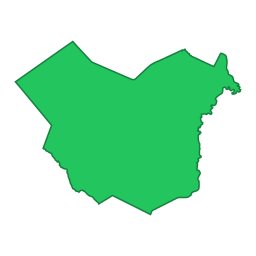 Macuelizo, Santa Bárbara, Honduras
{"feature_id": "27666195B20976347050961", "entity_name": "Macuelizo", "entity_type": "district", "adm_level": 2, "iso_a3": "HND", "parent_name": "Honduras", "parent_adm1": "Santa Bárbara", "projection": "natural_earth1", "projection_center": [-88.551, 15.242], "detail": "fine", "context": "isolated", "style": "filled", "palette": "green", "viewbox_px": 256, "rotation_deg": 0, "n_neighbors": 0, "source": "geoboundaries", "source_scale": "gbopen_adm2", "svg_char_len": 5681}
<svg xmlns="http://www.w3.org/2000/svg" viewBox="0 0 256 256"><path d="M59.5,164.8L59.5,165.1L59.7,165.4L60.2,165.8L60.9,167.2L61.0,167.3L61.7,167.4L62.0,167.5L62.5,167.8L62.6,168.1L63.4,168.2L64.2,168.8L64.7,168.7L65.3,168.8L67.0,169.6L67.2,170.0L67.2,170.5L67.3,170.8L67.0,171.7L67.0,172.1L67.1,172.7L67.4,173.3L68.1,174.6L68.3,176.9L68.7,177.4L68.8,177.9L69.0,178.4L69.0,178.9L69.4,179.2L69.7,179.7L69.7,180.0L69.6,180.8L70.1,181.5L70.1,182.0L70.3,183.1L71.5,185.3L71.8,186.2L72.3,187.5L72.6,188.3L72.8,188.6L73.5,188.7L73.9,188.7L74.1,189.3L74.7,189.5L74.9,189.9L75.7,190.8L76.1,191.2L76.6,191.3L77.7,191.3L78.0,191.5L78.4,191.9L78.7,192.1L79.0,192.1L79.3,191.9L79.5,191.6L79.8,191.1L80.3,190.7L80.8,190.4L81.6,190.2L82.6,190.1L83.2,191.0L83.9,191.1L84.4,191.1L87.4,194.3L89.0,195.6L89.9,196.0L91.0,196.3L92.7,197.0L94.0,198.8L94.5,199.4L95.4,200.3L96.2,200.9L98.5,203.1L98.9,203.5L98.9,203.8L112.5,195.5L150.5,214.5L152.1,210.6L177.1,198.0L178.6,197.5L185.0,197.5L186.7,197.4L187.6,197.2L188.5,196.9L189.9,195.8L190.6,195.5L190.9,195.3L191.1,194.4L191.5,193.9L191.7,193.0L191.9,192.7L192.3,192.3L192.9,192.0L196.6,190.8L197.2,190.4L198.6,189.1L198.8,188.6L199.1,185.8L199.0,183.3L199.1,182.1L199.0,181.5L198.8,181.0L198.5,180.5L198.1,179.9L197.9,179.6L197.8,179.1L197.8,178.6L198.0,178.0L199.0,175.8L199.7,174.5L200.1,173.7L200.2,173.3L200.0,172.6L199.7,171.7L199.4,171.1L199.0,170.7L198.7,170.4L198.4,170.2L197.9,170.2L197.6,170.4L197.4,170.4L197.1,170.2L197.0,169.9L196.9,169.4L197.0,168.4L197.1,167.7L197.3,167.0L197.1,165.8L197.3,165.2L197.6,164.7L197.6,164.2L196.8,162.7L197.2,162.7L197.3,162.7L197.6,162.4L198.1,161.7L198.5,160.9L198.6,160.5L198.5,160.0L198.3,159.8L198.1,159.5L198.0,159.3L198.0,159.1L198.1,158.9L198.6,158.5L199.5,158.0L200.0,157.6L200.4,157.6L200.7,157.5L201.0,157.2L201.1,156.8L201.1,156.4L200.8,156.0L200.7,155.9L200.3,155.8L199.9,155.5L199.7,155.0L199.5,154.5L199.4,154.1L199.4,153.7L199.5,152.2L199.4,150.1L199.7,149.6L199.9,149.2L200.0,149.0L199.9,148.6L199.7,148.2L199.6,147.7L199.6,146.4L199.6,145.7L199.7,144.9L199.7,144.3L199.7,143.9L199.5,143.3L198.9,142.4L198.8,141.9L198.4,140.2L198.2,138.6L198.2,135.8L198.2,135.5L198.5,135.0L199.0,134.5L199.7,134.2L199.8,133.9L199.8,133.5L199.8,133.2L200.5,132.8L200.8,132.7L200.4,132.0L200.2,131.8L199.8,131.3L199.7,131.3L199.0,131.4L198.6,131.2L198.2,131.1L197.7,130.7L198.2,130.3L198.5,129.7L198.1,128.8L198.1,128.5L198.5,128.2L198.8,127.1L199.1,127.0L199.3,127.3L199.5,127.8L199.8,127.8L200.2,127.2L200.6,126.2L200.9,125.6L201.3,124.8L201.4,124.6L201.9,124.5L202.2,124.3L202.5,124.0L202.7,123.4L202.7,122.7L201.3,121.7L200.9,120.3L200.7,119.2L200.5,117.3L200.6,117.2L200.8,117.2L201.6,117.3L201.7,117.2L201.8,117.1L201.8,116.6L201.4,114.9L201.4,114.5L201.5,114.3L201.7,114.2L204.7,113.8L205.8,114.3L206.2,114.4L206.5,114.3L207.0,114.1L207.9,113.3L208.3,113.2L209.0,113.4L210.4,114.2L210.6,114.3L211.0,114.3L211.4,114.0L211.6,113.7L211.7,113.3L211.8,113.0L211.7,112.7L211.3,111.8L210.8,111.2L210.5,110.6L210.4,109.9L210.5,109.7L211.5,109.1L212.0,108.7L212.6,107.9L212.7,107.5L212.7,107.3L212.6,107.2L211.1,106.4L211.0,106.1L211.0,105.7L211.2,105.4L211.4,105.2L211.9,105.1L212.3,105.1L213.7,105.5L214.0,105.4L215.0,105.0L215.4,104.7L215.7,104.4L215.9,104.1L216.7,101.4L216.7,101.2L216.5,100.7L215.5,99.0L215.4,98.7L216.8,96.9L218.2,95.8L219.2,95.0L221.7,93.5L222.2,93.0L222.4,92.7L222.5,92.2L222.8,90.7L222.7,88.5L222.9,88.1L223.4,87.7L223.9,87.5L224.4,87.3L224.8,87.2L225.2,87.3L225.4,87.4L225.6,87.6L226.0,88.6L226.4,89.2L226.9,89.4L227.5,89.4L227.8,89.3L228.0,89.2L228.2,88.8L228.3,88.5L228.2,87.7L228.2,87.1L228.5,86.8L228.9,86.8L229.1,86.9L229.4,87.4L229.7,89.1L229.9,89.8L230.3,90.2L230.8,90.6L231.1,90.7L232.5,89.8L233.7,89.6L234.1,89.7L234.3,90.0L234.3,90.6L234.1,91.3L233.8,91.9L233.6,92.1L232.3,92.7L232.0,93.2L232.0,93.5L232.1,93.8L232.4,94.0L232.8,94.1L233.4,94.1L234.3,93.9L235.4,93.6L235.9,93.4L236.1,93.1L236.3,92.5L236.6,91.9L236.9,91.7L237.3,91.4L237.7,91.4L238.5,92.0L239.2,91.9L239.8,91.7L240.0,91.5L240.1,91.4L240.2,90.8L240.5,90.0L240.6,89.6L240.1,89.6L239.6,89.4L239.3,89.2L239.1,88.8L239.1,88.6L239.2,88.3L239.4,88.0L239.7,87.7L239.8,87.4L239.9,87.2L239.7,86.9L239.4,86.6L238.2,86.2L237.6,86.2L237.5,85.8L237.7,85.5L238.1,85.3L238.6,85.2L238.8,85.0L238.8,84.8L238.8,84.6L238.6,84.1L238.4,83.9L237.3,83.4L236.3,82.8L235.0,82.4L234.5,82.2L234.2,81.9L234.0,81.7L233.8,81.1L233.2,78.7L232.6,76.9L232.1,76.4L231.6,76.0L229.6,74.9L228.8,74.5L228.5,74.2L228.3,73.9L228.2,73.6L228.1,71.9L227.9,71.0L226.7,69.3L226.6,69.2L226.5,67.4L226.8,64.7L227.0,63.3L227.0,61.6L226.9,60.2L226.2,56.6L225.7,55.7L225.6,55.4L225.3,55.2L224.0,54.4L223.3,54.1L222.5,53.7L222.0,53.5L221.3,53.4L220.6,53.4L214.0,66.5L210.3,65.0L191.4,56.2L191.3,55.9L191.1,55.7L190.7,55.6L190.1,55.4L189.9,55.2L189.7,54.9L189.6,54.5L189.5,53.9L189.4,53.7L189.1,53.6L188.6,53.5L188.3,53.3L187.7,52.7L187.0,51.7L185.8,50.9L185.5,50.5L185.2,49.4L185.0,49.2L184.9,49.2L184.3,49.9L184.1,50.1L183.5,50.1L182.8,49.9L182.6,49.9L182.3,50.1L182.2,50.7L182.1,50.8L181.8,50.7L181.5,50.4L160.1,60.3L154.3,62.8L151.2,64.6L150.0,65.5L146.7,68.4L135.3,79.1L133.9,79.7L131.5,79.3L91.8,62.1L77.4,46.7L72.8,41.5L65.3,46.7L15.4,81.8L21.6,89.1L51.6,125.3L43.1,148.4L43.3,148.5L43.8,148.9L44.3,149.1L44.8,149.1L45.2,149.3L45.4,149.4L45.5,149.7L45.8,150.4L46.1,150.8L48.1,151.6L48.4,152.0L50.3,153.0L50.8,153.2L51.3,153.3L51.6,153.5L51.8,154.1L52.2,155.6L52.3,155.9L52.8,156.4L54.4,158.4L55.0,158.9L55.1,159.5L55.4,160.1L56.6,160.9L57.2,161.8L57.3,162.0L57.5,162.0L57.7,161.9L58.1,161.5L58.3,161.3L58.7,162.1L59.0,162.3L59.2,162.5L59.5,163.1L59.6,163.6L59.6,163.8L59.5,164.3L59.5,164.8Z" fill="#22c55e" stroke="#15803d" stroke-width="1.5"/></svg>